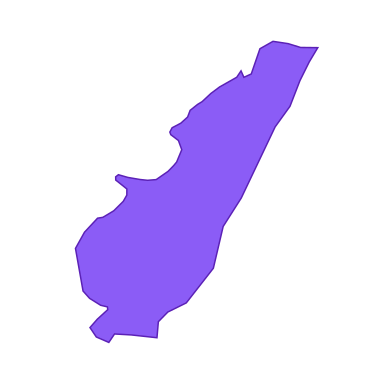 outline of Lebanon, rotated 186°
{"feature_id": "LBN", "entity_name": "Lebanon", "entity_type": "country or territory", "adm_level": 0, "iso_a3": "LBN", "parent_name": "Asia", "parent_adm1": "", "projection": "equal_earth", "projection_center": [35.971, 33.877], "detail": "fine", "context": "isolated", "style": "filled", "palette": "violet", "viewbox_px": 384, "rotation_deg": 186, "n_neighbors": 0, "source": "natural_earth", "source_scale": "50m", "svg_char_len": 895}
<svg xmlns="http://www.w3.org/2000/svg" viewBox="0 0 384 384"><g transform="rotate(186 192 192)"><path d="M211.6,43.4L237.5,43.5L254.2,42.7L259.0,33.7L272.0,37.8L279.3,46.5L272.8,55.7L263.5,66.2L264.1,68.9L271.0,69.8L282.7,75.5L290.0,82.1L302.0,123.7L294.7,140.8L283.2,156.1L278.0,157.5L267.9,165.1L259.4,175.5L256.5,182.1L257.1,188.2L269.1,195.9L269.5,199.1L267.0,201.5L257.3,199.8L244.8,199.0L237.4,199.0L228.9,200.6L218.0,210.0L213.1,216.2L210.4,220.2L206.6,233.0L210.9,241.8L219.1,246.8L220.3,249.3L218.5,253.8L210.3,259.3L204.2,266.1L202.4,273.0L195.6,279.7L191.4,282.9L183.5,292.0L175.5,299.4L159.5,310.8L155.9,317.6L152.4,311.5L145.4,315.6L139.4,341.6L127.2,350.3L111.9,349.6L99.1,347.1L82.0,348.7L89.0,333.6L96.3,314.0L103.5,287.5L116.1,265.5L142.4,191.1L157.4,161.0L162.8,118.4L186.1,81.1L203.5,70.1L211.9,59.5L211.6,43.4Z" fill="#8b5cf6" stroke="#5b21b6" stroke-width="1.5"/></g></svg>